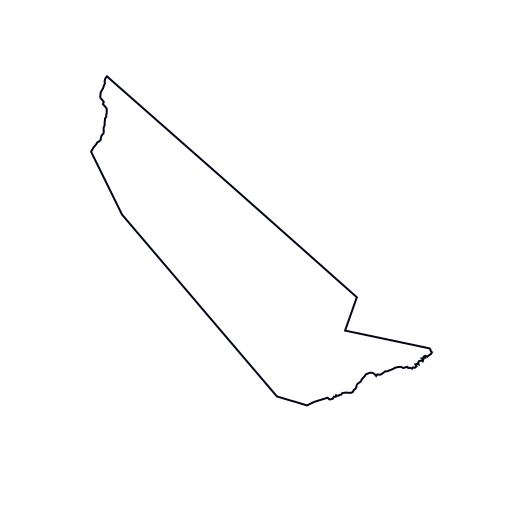 the district of Palmeira do Piauí, Piauí, Brazil, rotated 17°
{"feature_id": "56859067B43243919057401", "entity_name": "Palmeira do Piauí", "entity_type": "district", "adm_level": 2, "iso_a3": "BRA", "parent_name": "Brazil", "parent_adm1": "Piauí", "projection": "orthographic", "projection_center": [-44.367, -8.533], "detail": "fine", "context": "isolated", "style": "outline", "palette": "ink", "viewbox_px": 512, "rotation_deg": 17, "n_neighbors": 0, "source": "geoboundaries", "source_scale": "gbopen_adm2", "svg_char_len": 1660}
<svg xmlns="http://www.w3.org/2000/svg" viewBox="0 0 512 512"><g transform="rotate(17 256 256)"><path d="M267.8,221.7L207.6,194.2L60.9,127.8L60.0,130.2L60.1,133.0L61.1,135.3L60.8,137.1L60.7,138.9L60.7,140.5L60.1,142.7L59.6,145.2L60.1,146.9L60.3,148.5L60.9,150.2L63.6,151.9L65.4,153.2L65.2,155.5L66.5,156.3L68.1,157.3L70.0,158.6L70.8,160.7L71.4,162.9L71.5,164.9L72.1,166.7L71.4,168.7L71.8,170.2L72.2,172.5L73.0,175.1L72.8,177.8L73.3,179.7L74.1,181.7L74.3,183.5L73.5,185.0L73.0,186.7L73.3,188.6L73.4,190.7L72.5,192.2L71.0,193.8L70.7,195.3L70.0,197.3L69.0,199.2L68.4,202.0L67.8,204.5L115.8,255.6L216.3,319.8L222.5,323.8L317.1,384.2L331.1,384.1L332.5,384.1L334.9,384.0L348.4,384.0L354.3,378.5L365.9,370.6L368.1,371.7L369.6,371.1L371.2,370.0L371.5,367.8L373.4,367.4L373.2,365.8L375.5,365.7L376.8,364.2L378.2,363.5L378.5,362.0L379.8,361.3L381.7,360.4L384.7,359.7L386.9,359.1L388.4,357.6L388.7,355.4L389.6,354.3L390.3,352.8L390.1,351.0L390.2,349.3L391.0,347.8L392.7,345.7L393.5,342.4L395.3,338.6L395.6,337.1L398.7,334.6L400.7,333.8L402.3,333.8L404.2,334.4L406.0,335.6L406.6,333.8L409.6,333.2L411.0,331.7L412.5,329.6L413.3,328.5L415.2,327.9L416.6,326.7L419.8,324.2L421.8,322.1L424.9,320.4L427.3,319.6L429.5,320.1L431.6,318.7L433.0,317.8L434.3,318.6L435.8,317.9L438.3,318.0L438.7,316.6L440.3,316.6L441.8,314.6L440.1,313.0L441.7,312.0L443.2,312.1L442.2,310.2L442.9,308.6L444.8,307.7L446.2,308.0L446.3,306.1L444.6,305.4L446.0,304.6L447.3,303.9L446.0,303.0L447.3,301.9L449.2,302.3L450.3,300.6L451.9,298.6L452.4,296.6L450.9,295.9L450.2,294.5L449.0,293.6L363.0,301.3L364.5,266.0L307.3,239.8L271.9,223.6L267.8,221.7Z" fill="none" stroke="#020617" stroke-width="2"/></g></svg>